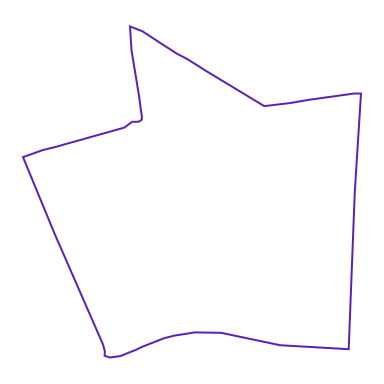 the district of Tamahú, Alta Verapaz, Guatemala
{"feature_id": "79465075B44639416757608", "entity_name": "Tamahú", "entity_type": "district", "adm_level": 2, "iso_a3": "GTM", "parent_name": "Guatemala", "parent_adm1": "Alta Verapaz", "projection": "mercator", "projection_center": [-90.254, 15.309], "detail": "fine", "context": "isolated", "style": "outline", "palette": "violet", "viewbox_px": 384, "rotation_deg": 0, "n_neighbors": 0, "source": "geoboundaries", "source_scale": "gbopen_adm2", "svg_char_len": 626}
<svg xmlns="http://www.w3.org/2000/svg" viewBox="0 0 384 384"><path d="M132.1,121.8L124.3,127.6L64.4,144.4L56.1,146.8L42.7,150.1L23.0,157.1L54.7,234.0L88.6,311.5L103.0,344.5L104.9,351.6L104.6,355.8L109.8,357.5L120.3,356.1L129.9,352.2L135.4,350.1L142.2,346.8L164.1,338.2L174.4,335.6L195.0,332.4L221.1,332.8L279.9,345.2L348.7,349.2L354.8,191.6L361.0,93.6L354.2,93.5L309.0,99.8L290.3,103.0L264.2,106.1L205.5,70.6L187.8,59.4L176.9,53.7L160.6,43.2L142.3,31.2L130.0,26.5L131.5,50.2L139.1,96.4L141.0,110.6L141.9,116.4L141.8,119.7L138.9,121.6L137.1,121.8L135.3,121.8L132.1,121.8Z" fill="none" stroke="#5b21b6" stroke-width="2"/></svg>